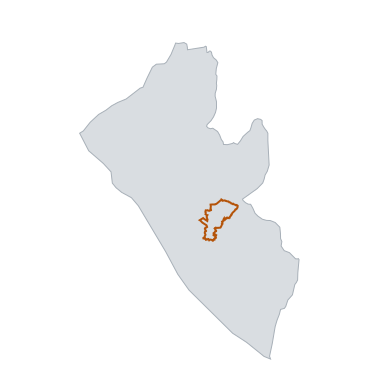 location of Gbi & Doru, Nimba, Liberia, rotated 13°
{"feature_id": "62588387B4230579459991", "entity_name": "Gbi & Doru", "entity_type": "district", "adm_level": 2, "iso_a3": "LBR", "parent_name": "Liberia", "parent_adm1": "Nimba", "projection": "natural_earth1", "projection_center": [-8.931, 6.127], "detail": "fine", "context": "in_parent", "style": "outline", "palette": "amber", "viewbox_px": 384, "rotation_deg": 13, "n_neighbors": 0, "source": "geoboundaries", "source_scale": "gbopen_adm2", "svg_char_len": 5546}
<svg xmlns="http://www.w3.org/2000/svg" viewBox="0 0 384 384"><g transform="rotate(13 192 192)"><path d="M69.3,160.0L72.4,156.9L77.1,147.0L83.6,137.4L89.7,131.7L94.5,125.9L99.6,121.4L106.9,116.2L118.1,102.5L120.7,100.9L122.5,91.4L125.3,79.3L128.5,75.5L136.1,73.3L137.9,71.2L140.6,62.7L142.3,52.7L142.5,50.6L145.5,50.3L150.6,48.2L153.6,49.1L154.9,52.0L155.6,54.4L171.1,48.2L172.4,46.9L173.2,47.1L175.2,52.7L176.3,52.4L177.2,50.8L178.3,50.6L179.5,51.4L180.7,54.0L182.7,56.3L186.0,58.0L188.1,60.2L187.9,66.2L188.7,72.0L190.2,73.3L190.9,76.8L191.3,80.6L192.1,82.6L192.7,86.4L192.4,90.6L193.0,93.5L195.5,98.4L197.0,104.7L197.0,109.2L196.1,113.9L194.5,118.2L191.6,122.9L191.4,124.7L193.1,125.9L195.7,126.2L197.9,125.2L203.3,127.3L206.2,130.4L208.7,134.2L211.0,136.2L212.0,138.6L215.9,137.9L220.5,135.6L221.4,134.5L222.7,135.1L225.7,135.3L227.7,131.2L229.3,126.4L232.9,121.2L234.6,119.2L235.0,115.9L235.2,111.6L236.5,107.9L239.4,105.8L242.5,105.8L244.2,106.6L245.1,110.2L247.6,112.9L249.7,114.8L250.9,115.6L252.7,117.7L254.4,125.0L261.1,148.4L260.7,154.8L259.4,159.1L259.4,163.2L258.9,167.3L254.8,174.0L242.8,187.6L243.7,188.8L246.6,190.4L249.5,191.2L251.9,190.8L255.0,194.2L258.2,198.5L261.7,200.7L266.7,202.7L271.0,202.9L274.7,202.2L279.9,203.0L285.5,206.6L287.5,212.4L288.8,217.5L290.7,220.1L291.0,224.6L295.0,228.4L300.6,229.2L307.9,233.8L309.8,233.5L310.6,233.0L311.5,233.8L313.3,247.0L314.7,254.0L314.0,256.8L313.0,259.0L313.0,269.6L309.7,275.7L309.1,282.4L308.2,284.6L304.7,286.5L304.6,291.7L303.7,297.9L303.3,304.5L304.3,321.8L304.5,334.6L306.1,337.1L299.2,336.0L279.0,326.2L263.4,320.5L211.2,288.3L196.7,275.4L179.9,256.2L142.8,217.5L134.3,211.2L123.6,208.2L117.0,204.9L112.4,201.3L108.6,190.6L99.3,184.2L82.1,175.1L69.3,160.0Z" fill="#d9dde1" stroke="#a8b0b8" stroke-width="1"/><path d="M239.6,195.1L239.2,194.9L238.6,195.0L238.3,194.6L237.8,194.7L237.4,195.0L237.1,194.8L236.2,194.6L235.7,194.6L235.2,194.5L234.8,194.2L234.4,194.6L234.2,194.5L233.8,194.3L232.9,194.4L232.3,193.9L231.7,193.6L231.4,193.6L230.6,193.7L230.1,193.2L229.7,193.0L228.5,193.2L227.3,193.1L227.2,193.0L226.6,193.1L226.1,192.9L225.9,192.8L224.3,193.4L223.7,193.7L223.3,193.5L223.2,193.0L222.4,192.7L222.4,192.8L221.8,193.7L221.5,194.0L220.7,195.2L220.4,195.5L219.0,197.4L218.6,197.9L218.0,198.4L217.4,198.6L217.2,199.0L215.0,199.5L214.8,199.5L212.9,200.1L213.0,200.4L213.6,201.9L213.7,202.9L213.8,203.9L213.8,204.5L214.3,204.6L214.6,205.4L213.3,206.3L212.9,206.5L211.8,206.4L211.3,206.3L211.2,206.3L211.1,206.5L209.5,206.8L209.5,207.1L209.5,207.8L209.5,208.4L209.7,208.8L210.0,209.0L210.1,209.6L210.2,209.9L210.2,210.7L210.8,210.9L211.5,211.1L212.2,211.1L212.1,211.5L211.8,212.7L211.8,212.8L211.9,213.0L212.0,213.2L212.3,213.7L212.4,213.8L212.8,214.7L213.2,215.1L213.3,215.2L213.3,216.0L213.4,216.5L213.4,216.8L210.7,215.8L209.9,215.5L208.7,214.9L208.1,215.5L207.1,216.5L205.9,217.7L206.2,217.8L206.6,218.0L206.8,218.1L209.2,219.6L209.3,219.6L213.4,221.1L213.5,221.1L214.1,221.9L214.6,222.7L214.2,223.2L213.8,223.5L213.7,223.6L213.4,223.6L213.1,223.8L212.9,224.4L212.8,225.0L213.3,225.5L213.5,225.7L213.7,226.4L213.9,226.5L214.4,226.7L214.5,226.8L214.4,227.1L213.9,227.3L213.7,227.3L213.6,227.7L213.5,228.4L213.8,229.4L214.3,229.9L214.7,230.4L214.7,230.7L214.7,230.8L214.7,231.1L214.7,231.3L214.3,232.2L214.3,233.1L214.0,233.7L213.4,234.3L213.6,234.7L214.0,234.6L214.8,233.6L215.2,234.4L215.3,234.7L215.9,234.6L216.0,234.6L216.3,235.4L216.6,235.3L218.1,234.6L218.1,234.4L218.2,234.1L218.6,234.1L219.6,235.2L220.1,234.6L220.4,234.4L220.8,234.2L221.2,234.2L222.5,234.3L223.0,234.8L223.3,234.7L223.5,234.6L223.5,234.3L223.5,234.0L223.5,233.9L223.9,233.8L224.0,233.7L223.9,233.4L224.1,233.2L224.1,232.8L224.4,232.8L224.6,232.9L224.6,232.4L225.6,231.3L225.6,231.2L224.9,230.9L224.7,230.8L224.6,230.0L224.8,229.8L225.1,229.6L225.3,229.0L225.3,228.7L225.1,228.7L224.8,228.9L224.1,228.8L224.0,228.6L224.3,228.5L224.6,228.4L224.5,228.2L223.7,228.0L223.4,228.3L223.4,228.8L223.3,229.2L223.0,229.4L222.9,229.4L222.7,229.3L222.7,229.0L222.7,228.6L222.8,228.4L222.8,227.9L222.6,227.8L222.4,227.7L222.3,227.2L222.8,226.7L223.0,226.4L223.2,226.1L223.2,225.9L223.4,225.5L223.5,225.1L223.7,224.7L223.8,224.5L224.1,224.6L224.3,224.6L224.3,224.4L224.1,224.2L223.8,224.0L223.4,223.7L223.0,223.2L222.8,222.8L222.8,222.7L222.7,222.4L222.3,222.3L222.4,222.0L222.5,221.9L222.9,221.8L223.1,222.0L223.3,222.1L223.4,221.8L223.4,221.7L223.4,221.4L223.7,221.4L224.2,221.4L224.7,221.3L224.9,221.2L225.2,221.1L225.4,221.0L225.7,221.0L226.1,220.9L226.6,220.7L226.9,220.6L227.7,220.3L227.8,220.2L228.0,219.4L228.2,218.7L228.3,218.3L228.4,217.9L228.5,216.3L228.4,216.2L228.5,216.1L228.8,216.0L228.6,215.2L228.3,214.9L228.1,214.4L228.0,214.2L228.3,214.1L228.5,214.5L228.7,213.6L228.8,213.1L228.8,212.8L228.9,212.7L229.2,212.5L229.4,212.5L229.5,212.5L229.6,212.1L229.3,211.8L228.9,211.7L228.9,211.4L229.2,210.5L229.3,210.7L229.5,211.0L229.6,211.3L229.8,211.3L230.0,211.2L230.4,211.0L230.5,211.1L230.9,209.9L231.1,209.6L231.5,209.3L231.6,209.6L231.8,209.9L232.0,209.7L232.3,209.5L232.4,209.4L232.5,209.3L232.8,209.1L233.8,209.2L233.9,208.8L234.0,208.6L234.5,208.5L234.5,208.2L234.5,207.7L234.7,207.1L234.9,206.9L235.2,206.3L235.3,206.2L235.5,205.9L235.5,205.5L235.3,205.1L235.6,204.8L235.7,204.6L235.8,204.6L236.1,203.2L236.4,202.8L236.6,202.5L236.7,202.4L236.9,202.0L237.6,201.1L237.8,200.6L238.1,199.6L238.1,199.4L238.2,199.2L238.3,199.1L238.5,199.2L238.8,199.1L239.3,198.4L239.5,197.8L239.5,197.7L239.8,197.0L239.8,196.5L239.7,195.7L239.6,195.1Z" fill="none" stroke="#b45309" stroke-width="2"/></g></svg>